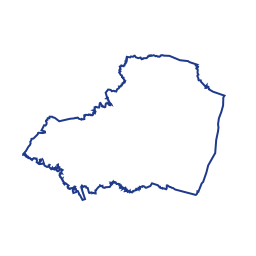 outline of Bulacan, Bulacan, Philippines, rotated 19°
{"feature_id": "2640588B70472166839855", "entity_name": "Bulacan", "entity_type": "district", "adm_level": 2, "iso_a3": "PHL", "parent_name": "Philippines", "parent_adm1": "Bulacan", "projection": "albers", "projection_center": [120.888, 14.98], "detail": "fine", "context": "isolated", "style": "outline", "palette": "blue", "viewbox_px": 256, "rotation_deg": 19, "n_neighbors": 0, "source": "geoboundaries", "source_scale": "gbopen_adm2", "svg_char_len": 5812}
<svg xmlns="http://www.w3.org/2000/svg" viewBox="0 0 256 256"><g transform="rotate(19 128 128)"><path d="M208.7,66.0L196.6,66.0L192.0,65.1L191.9,64.4L190.9,63.9L190.6,62.9L189.8,62.9L189.2,64.5L188.2,64.9L188.1,64.5L188.8,64.0L188.4,62.2L187.8,63.6L182.1,60.6L181.3,59.3L179.6,59.9L178.9,59.5L178.5,58.3L176.6,56.2L176.6,55.5L177.2,54.7L175.8,53.3L175.1,50.5L174.8,50.0L173.2,49.5L173.2,48.8L174.3,47.9L174.3,47.2L173.5,46.8L171.7,46.9L171.5,46.5L172.4,45.6L164.7,45.7L163.0,45.2L155.1,47.0L143.7,46.3L138.0,48.0L137.2,47.8L135.3,48.7L135.3,49.5L134.5,50.4L133.9,50.3L133.2,50.8L131.6,50.5L130.9,51.1L128.7,50.8L127.4,51.7L126.5,51.7L126.5,52.2L126.0,52.5L125.2,52.2L124.5,52.5L124.6,53.2L123.5,53.8L123.6,54.5L122.8,55.9L120.1,56.9L119.6,57.8L118.8,58.3L118.6,57.8L117.7,58.1L116.9,57.3L115.0,58.6L112.4,58.6L110.9,57.5L110.4,57.6L109.6,59.0L107.5,59.4L107.1,60.5L103.7,61.1L104.0,63.5L104.6,63.3L105.0,65.5L103.9,65.8L104.3,66.8L104.7,66.8L104.8,67.7L104.2,68.3L104.3,69.5L104.0,69.5L103.8,71.0L101.5,71.0L101.6,71.7L100.8,71.9L100.2,72.6L101.7,74.5L101.8,74.9L101.1,75.0L101.0,75.5L101.4,75.8L101.1,76.4L101.4,77.0L101.9,77.1L101.7,77.3L102.1,78.0L101.7,78.4L104.0,80.3L105.1,80.3L105.7,81.8L106.3,81.6L106.9,81.9L107.0,82.3L107.5,82.1L107.8,83.0L109.2,83.9L109.1,85.4L110.0,84.9L110.0,86.2L108.3,87.4L108.6,88.4L108.3,89.0L107.9,89.1L108.2,89.9L107.5,90.5L107.5,91.2L106.1,91.7L106.5,92.2L106.4,93.4L105.1,94.9L105.0,97.2L104.4,97.1L103.8,97.6L102.5,97.4L100.7,98.5L99.2,97.6L96.7,98.1L95.4,101.9L97.8,105.3L98.7,105.7L98.0,107.0L99.4,106.7L99.8,107.9L100.7,108.2L101.0,108.9L103.2,110.4L103.4,110.9L104.2,110.8L104.6,111.2L103.9,111.1L103.7,112.3L103.2,112.4L102.5,112.0L102.3,111.4L102.0,111.9L101.4,111.3L101.3,111.5L100.3,111.1L100.3,111.6L99.3,111.9L99.1,112.6L99.7,115.5L99.2,116.0L97.9,116.0L97.3,115.6L96.8,116.1L96.2,116.0L96.2,115.2L94.6,114.3L94.3,113.6L93.7,113.3L93.3,113.7L94.0,118.0L92.9,118.4L90.7,118.4L89.1,119.8L90.4,119.5L89.9,120.3L90.7,121.6L89.5,122.5L91.0,122.5L91.9,123.0L91.9,123.5L91.3,123.0L90.7,123.3L91.6,123.8L91.9,124.9L90.2,125.1L90.6,126.7L90.3,127.5L88.4,127.6L88.6,128.0L88.2,128.1L86.4,128.1L86.2,128.7L83.9,129.2L82.8,129.9L83.2,130.5L82.7,130.7L83.8,133.8L82.5,134.5L81.3,134.5L81.2,135.2L78.2,135.2L77.5,134.6L76.6,134.7L75.6,135.6L74.8,135.6L74.2,136.3L70.1,138.2L60.8,144.0L55.4,142.2L53.6,142.4L53.0,142.0L50.2,142.8L50.1,143.8L50.4,144.4L48.9,144.9L49.1,146.4L48.7,146.4L48.1,147.8L48.2,148.4L49.2,149.1L49.7,150.9L49.2,152.5L47.8,152.7L47.0,158.4L50.6,158.4L51.0,159.3L48.9,160.6L45.0,161.6L44.6,162.0L44.7,163.3L42.0,168.8L40.3,169.7L40.5,171.0L40.1,172.9L40.9,174.2L40.8,176.2L40.0,177.8L39.0,182.9L37.4,186.8L37.6,187.4L38.0,187.1L39.0,187.2L39.5,186.3L40.1,186.9L40.2,186.6L41.2,187.2L40.6,187.6L40.6,188.1L43.2,188.7L43.4,188.0L44.4,188.7L45.0,188.3L46.2,189.1L46.9,188.8L46.8,189.1L47.7,189.5L48.6,187.3L49.9,186.9L50.4,187.3L51.5,186.7L52.6,188.6L52.7,190.0L54.8,190.8L55.6,187.8L54.9,186.8L55.2,186.5L55.9,187.3L57.0,185.4L57.2,185.6L55.6,189.3L56.3,190.8L59.4,189.4L59.3,188.0L61.3,190.7L64.1,191.2L65.2,190.6L65.1,189.5L65.5,189.4L65.6,188.4L65.9,188.4L65.8,190.3L68.9,192.0L69.7,191.4L69.4,191.2L69.9,191.2L69.4,190.9L69.5,190.2L70.1,190.8L71.2,190.0L71.3,191.0L72.6,191.0L72.8,190.8L72.5,190.6L72.2,190.3L72.1,189.8L72.2,189.5L72.4,190.4L73.1,190.5L74.1,188.1L74.1,186.7L73.4,185.7L73.7,185.4L74.8,188.1L74.1,189.1L73.9,190.4L74.9,191.6L75.5,191.8L76.5,191.3L76.4,190.7L77.0,190.0L75.5,187.6L75.9,187.4L76.4,188.4L77.5,189.5L78.4,188.7L79.8,189.0L79.2,190.0L79.4,191.8L80.0,192.3L78.8,192.3L78.3,193.1L78.6,194.5L78.9,194.3L78.7,194.8L79.9,196.4L80.3,196.2L81.9,197.8L82.4,197.2L82.4,197.8L83.7,199.0L83.6,199.3L85.7,200.5L85.1,201.2L86.3,202.0L87.1,200.6L90.6,201.8L90.0,203.4L91.3,204.0L91.2,204.5L92.5,204.7L93.4,204.2L93.4,203.7L96.0,202.1L96.4,200.8L97.3,200.7L97.2,203.0L97.7,203.2L98.6,202.7L98.8,203.1L97.7,203.6L96.6,203.0L95.9,203.9L96.2,205.3L97.5,207.2L99.8,205.5L99.9,204.1L101.0,203.9L103.1,206.0L103.4,206.8L104.2,206.9L108.4,210.8L110.5,209.2L104.0,200.6L104.3,200.5L103.2,198.2L103.0,198.3L103.2,197.4L105.3,198.1L105.9,197.1L107.3,197.0L107.9,198.0L109.4,197.8L112.2,201.9L113.1,201.9L113.2,201.5L114.5,200.8L115.2,201.4L115.9,200.7L116.8,200.6L116.6,200.3L117.3,200.7L118.7,200.4L117.5,197.7L118.1,197.3L118.0,196.9L119.5,193.1L120.4,192.3L120.3,191.3L121.9,191.6L122.7,191.0L123.2,192.0L124.0,192.4L125.6,192.1L125.9,191.4L129.9,189.7L130.6,187.3L129.8,186.5L130.8,186.3L130.4,185.9L131.0,185.4L130.2,185.1L130.9,184.9L131.1,184.3L131.7,184.4L131.7,183.6L132.2,184.0L132.7,183.5L133.2,183.8L133.3,183.4L133.9,183.3L135.4,184.7L137.0,183.9L138.0,184.0L138.2,184.5L138.5,184.1L139.1,184.8L139.6,184.6L139.7,185.7L140.2,185.0L140.6,185.2L140.6,186.3L141.3,185.5L141.7,185.8L141.6,186.6L142.9,186.0L143.3,186.4L143.1,187.2L144.5,185.8L144.6,186.7L145.4,186.8L145.5,187.3L145.9,186.3L146.3,186.8L147.0,186.6L147.5,187.5L147.0,188.1L147.9,187.8L148.4,188.4L149.1,187.4L149.6,188.1L150.2,188.0L150.4,187.2L150.8,188.0L151.2,187.6L152.6,187.6L152.6,187.2L153.5,186.5L153.2,186.2L153.4,185.8L155.3,184.6L155.6,182.8L156.1,182.8L156.6,183.5L157.6,182.4L158.2,182.7L158.3,182.2L157.6,181.1L157.9,181.0L158.3,181.6L158.3,180.7L159.0,181.0L158.8,180.1L159.1,180.2L159.5,179.3L160.3,178.7L160.8,178.8L161.0,178.1L162.6,178.0L163.9,178.7L164.6,178.6L168.0,175.6L168.7,172.5L174.9,172.4L176.1,173.2L177.3,173.1L177.4,173.9L179.1,174.1L180.0,173.5L180.5,174.0L181.6,173.4L184.0,173.5L184.3,172.7L183.4,169.7L184.1,169.4L186.5,170.2L187.5,169.9L188.5,170.3L190.0,170.1L192.7,170.8L213.9,169.2L214.7,167.6L214.3,165.3L215.3,165.4L215.7,156.4L216.6,154.5L216.6,144.4L216.0,137.3L218.6,123.3L215.3,110.6L214.2,101.9L213.4,98.1L211.9,95.1L210.8,89.3L211.0,82.3L210.6,75.8L208.2,68.1L208.7,66.0Z" fill="none" stroke="#1e3a8a" stroke-width="2"/></g></svg>